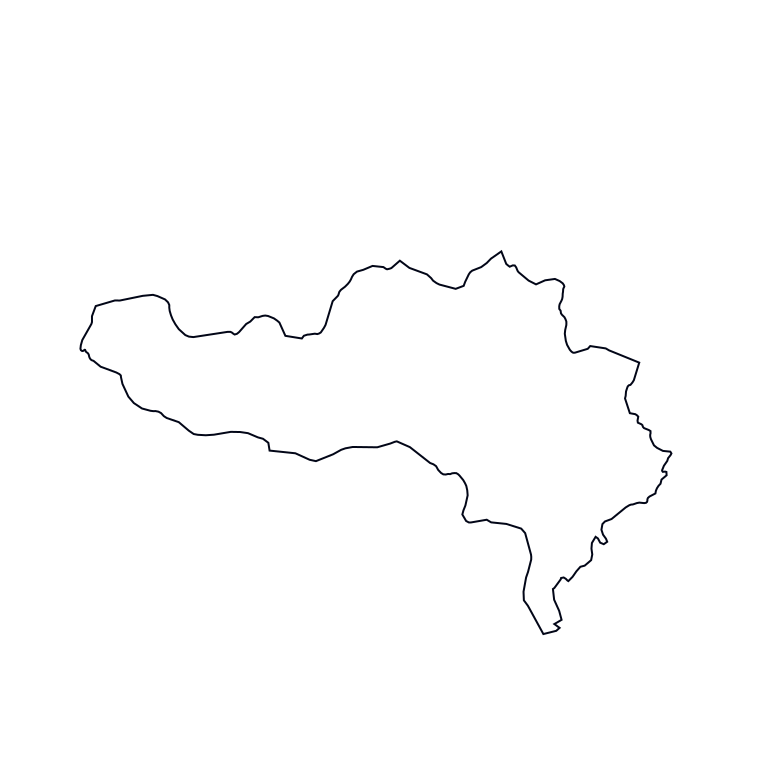 the border of Yoro, rotated 203°
{"feature_id": "HND-643", "entity_name": "Yoro", "entity_type": "Department", "adm_level": 1, "iso_a3": "HND", "parent_name": "Honduras", "parent_adm1": "", "projection": "natural_earth1", "projection_center": [-87.221, 15.309], "detail": "fine", "context": "isolated", "style": "outline", "palette": "ink", "viewbox_px": 768, "rotation_deg": 203, "n_neighbors": 0, "source": "natural_earth", "source_scale": "10m", "svg_char_len": 4089}
<svg xmlns="http://www.w3.org/2000/svg" viewBox="0 0 768 768"><g transform="rotate(203 384 384)"><path d="M139.6,216.1L164.9,236.1L170.7,239.5L174.4,247.3L177.6,261.4L178.0,267.3L179.9,279.9L180.9,282.4L182.0,284.4L195.8,301.9L201.2,304.5L216.7,303.0L231.3,298.5L236.4,299.2L249.9,290.5L251.7,289.7L254.9,290.0L260.9,294.5L261.5,298.8L261.6,304.0L263.5,314.2L265.8,318.6L268.4,322.3L270.6,324.3L273.5,326.5L278.7,329.2L280.5,329.9L282.6,330.2L284.4,329.5L286.4,328.4L287.9,326.9L289.9,326.2L291.8,324.8L294.1,324.0L296.7,324.4L300.6,326.1L303.9,328.7L307.1,329.4L310.7,329.3L335.5,336.0L349.8,336.2L351.5,335.0L355.0,331.6L365.5,323.1L388.2,313.8L394.4,309.7L397.7,306.7L403.4,299.4L416.5,286.4L422.8,285.2L438.5,285.6L463.3,278.0L467.5,284.7L474.0,286.3L479.2,285.6L490.0,285.6L497.6,283.6L506.3,280.1L520.7,270.9L528.0,267.2L535.5,264.5L539.6,263.6L545.5,264.8L558.0,268.7L570.7,267.8L574.1,268.4L577.8,270.1L580.8,270.4L583.7,269.8L586.0,268.8L588.5,268.1L597.2,266.9L606.8,268.7L614.4,272.5L624.8,281.9L628.7,287.4L629.6,289.0L631.3,289.7L634.9,290.0L651.6,289.2L660.4,291.8L662.4,291.7L663.2,291.9L664.1,292.3L665.0,292.9L666.0,293.9L667.2,295.6L668.2,296.4L669.1,296.8L670.3,297.0L671.2,297.4L671.9,298.1L672.4,298.6L672.8,298.6L673.2,298.1L673.8,297.0L674.7,296.4L676.2,296.7L677.2,297.8L678.2,301.2L678.9,306.6L676.8,324.9L677.0,326.9L679.3,332.3L679.8,343.1L664.3,355.8L659.8,357.6L640.5,370.9L631.5,375.8L626.9,376.4L618.6,376.3L614.7,374.8L612.5,372.8L611.5,370.4L609.8,367.5L606.9,364.0L603.7,360.8L599.3,357.4L594.3,354.3L586.0,351.4L582.1,351.4L577.8,352.7L548.3,370.9L545.7,372.0L543.9,371.9L542.3,371.4L540.8,371.2L539.0,372.7L537.7,375.1L534.3,385.4L531.5,389.2L529.2,395.0L525.8,396.3L522.3,399.3L520.1,400.6L517.3,401.3L511.0,401.4L507.2,400.6L504.3,399.7L493.6,389.8L477.4,393.8L476.6,397.1L473.7,399.6L472.4,400.2L467.3,403.3L464.9,403.9L463.5,405.1L462.3,406.8L461.2,412.3L460.9,415.6L463.6,440.2L460.9,447.1L460.8,448.4L461.0,450.0L461.1,451.5L460.4,453.9L457.9,458.3L456.4,462.0L455.6,464.9L455.3,467.5L455.3,470.1L454.8,473.2L452.8,476.9L447.7,481.0L440.7,488.2L430.2,491.4L427.5,490.8L426.0,490.8L423.9,492.3L422.5,493.6L417.6,503.7L406.0,500.8L387.3,501.7L382.0,499.9L379.2,498.3L375.1,497.4L371.8,497.2L355.2,499.6L349.0,505.5L349.2,509.7L348.8,518.1L348.3,520.5L347.1,522.8L340.2,529.6L336.7,535.5L334.5,541.2L327.8,551.9L318.4,542.3L316.2,541.6L314.1,541.1L311.8,543.5L309.9,544.2L307.9,543.0L305.3,540.4L303.8,539.5L291.3,535.7L283.0,535.1L276.2,542.4L267.7,547.5L262.5,547.4L258.8,546.5L257.0,545.3L256.1,544.2L256.1,543.3L256.2,542.2L256.1,541.3L255.2,538.7L254.8,537.0L253.7,534.1L253.2,531.8L253.2,529.9L253.5,526.1L253.1,524.1L252.0,521.6L250.1,520.5L248.7,518.2L247.3,517.3L244.0,516.0L242.3,514.6L240.6,512.8L239.9,511.3L239.2,509.5L238.3,504.5L237.2,500.9L233.5,494.8L230.8,491.6L226.3,488.1L224.2,487.1L222.6,486.7L221.5,486.9L220.4,487.5L210.2,496.0L209.0,499.5L193.8,503.4L189.9,502.9L157.4,503.4L155.5,485.1L155.9,482.5L156.8,479.5L158.1,478.5L158.7,477.0L158.6,474.9L158.3,471.7L156.9,467.5L156.5,464.9L146.3,453.2L140.9,454.4L139.1,454.1L137.2,453.3L136.3,449.3L135.2,447.6L131.3,447.5L130.1,447.1L128.9,445.7L127.4,445.0L122.3,445.1L120.3,444.8L119.4,442.8L119.1,441.1L118.2,439.3L116.7,437.5L111.5,433.0L107.7,431.9L101.1,431.4L94.0,433.6L92.3,432.4L92.4,430.7L93.5,426.7L93.2,423.9L94.4,418.1L94.3,413.2L94.0,412.7L93.0,412.1L91.0,413.2L89.7,413.4L88.2,410.4L91.2,404.5L90.5,400.2L91.5,397.6L92.0,394.8L92.0,392.0L91.4,389.3L95.6,384.2L96.5,382.3L96.5,380.9L96.0,379.6L95.8,378.3L96.4,377.0L98.0,376.0L102.6,374.6L104.7,373.2L107.8,370.4L109.5,369.5L110.8,368.3L113.3,364.8L121.8,348.6L126.9,343.8L128.2,340.4L126.9,334.8L123.5,330.9L119.2,328.3L116.9,326.0L119.1,322.4L123.0,322.4L126.7,325.4L129.5,326.0L130.5,318.9L128.7,313.5L125.7,308.5L124.5,302.8L128.3,295.2L131.8,292.5L133.7,286.8L135.1,280.1L137.3,274.6L138.4,274.8L140.5,275.7L143.0,276.1L145.2,274.6L145.0,273.2L147.5,262.7L148.4,261.3L143.1,251.9L134.1,243.6L128.4,236.3L133.4,229.6L127.1,228.1L129.0,224.1L139.6,216.1Z" fill="none" stroke="#020617" stroke-width="2"/></g></svg>